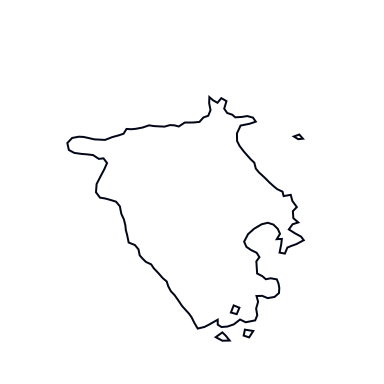 Niterói, Rio de Janeiro, Brazil, rotated 215°
{"feature_id": "56859067B85050647770651", "entity_name": "Niterói", "entity_type": "district", "adm_level": 2, "iso_a3": "BRA", "parent_name": "Brazil", "parent_adm1": "Rio de Janeiro", "projection": "robinson", "projection_center": [-43.065, -22.923], "detail": "fine", "context": "isolated", "style": "outline", "palette": "ink", "viewbox_px": 384, "rotation_deg": 215, "n_neighbors": 0, "source": "geoboundaries", "source_scale": "gbopen_adm2", "svg_char_len": 2275}
<svg xmlns="http://www.w3.org/2000/svg" viewBox="0 0 384 384"><g transform="rotate(215 192 192)"><path d="M317.0,155.8L310.9,156.5L304.4,159.8L299.1,162.9L294.2,165.5L287.3,165.7L283.8,168.8L278.2,167.0L276.9,160.4L276.0,153.2L274.7,143.8L270.5,136.7L264.1,134.6L259.4,136.9L254.3,138.7L248.7,140.5L242.9,138.9L237.4,133.6L232.1,130.5L227.6,126.6L224.3,122.8L220.3,119.4L214.9,114.3L208.3,115.8L202.9,114.3L198.5,110.1L194.3,109.1L189.7,108.3L183.9,109.3L179.6,107.6L173.2,106.3L166.7,104.7L161.4,104.2L157.5,101.2L152.4,98.6L147.0,97.5L141.4,95.5L134.7,92.9L129.5,91.7L124.6,90.6L120.4,89.1L115.3,86.3L109.0,83.4L104.4,88.6L102.1,92.9L100.0,97.3L97.7,102.1L94.8,98.1L90.4,98.3L85.8,102.1L81.8,107.6L79.5,115.1L73.3,116.1L66.6,123.1L67.9,128.5L72.6,133.3L74.9,140.0L79.5,143.8L74.9,147.2L69.1,148.5L64.2,153.4L62.8,159.1L65.4,163.4L68.5,166.5L72.4,169.1L78.0,166.5L81.5,162.9L86.1,163.4L91.9,162.6L99.5,172.1L99.4,177.3L104.2,179.3L110.6,178.3L116.0,178.3L120.8,181.2L121.9,189.6L120.1,197.4L116.4,205.6L112.2,210.3L106.6,212.0L100.6,211.0L95.9,208.2L95.5,202.0L91.5,205.1L88.9,200.3L85.5,192.6L80.6,194.8L82.0,201.2L79.5,205.1L76.6,209.2L72.8,216.6L77.1,218.0L84.2,217.2L91.2,216.9L91.1,223.3L87.5,228.0L94.0,228.7L98.4,234.2L97.5,239.8L104.6,242.2L109.5,246.3L114.6,241.2L118.0,244.2L123.8,243.2L127.9,243.5L133.9,244.2L141.1,245.5L148.6,246.5L153.2,247.8L157.7,251.7L162.8,252.5L167.9,253.7L173.1,255.0L179.4,257.0L184.3,259.6L188.8,265.8L190.3,274.3L183.9,281.0L180.1,286.2L184.7,287.9L190.3,285.9L194.3,282.0L199.4,278.0L203.4,278.4L208.5,276.9L213.4,278.7L215.9,286.2L221.8,285.7L222.3,279.7L227.4,279.2L232.2,279.7L228.9,274.6L223.8,269.7L222.4,263.8L225.4,259.6L226.1,253.7L230.5,249.9L237.8,244.7L240.4,238.1L244.7,236.5L248.4,234.2L252.0,229.8L256.9,226.7L261.1,224.1L265.4,222.0L269.5,216.4L274.2,211.6L277.6,208.7L281.8,206.1L281.5,200.5L284.5,196.4L288.9,191.1L293.1,184.8L297.7,181.9L302.2,179.1L307.9,176.8L312.6,174.8L316.4,172.4L321.2,167.5L322.2,160.6L317.0,155.8ZM85.3,117.6L91.0,115.6L92.8,123.0L86.8,124.4L85.3,117.6ZM89.3,86.7L81.8,87.6L76.0,91.9L82.1,93.7L86.6,94.4L89.3,86.7ZM69.7,109.6L67.3,104.0L61.8,105.7L62.1,113.3L69.7,109.6ZM140.4,295.9L135.3,296.2L131.7,299.3L137.1,300.6L140.4,295.9Z" fill="none" stroke="#020617" stroke-width="2"/></g></svg>